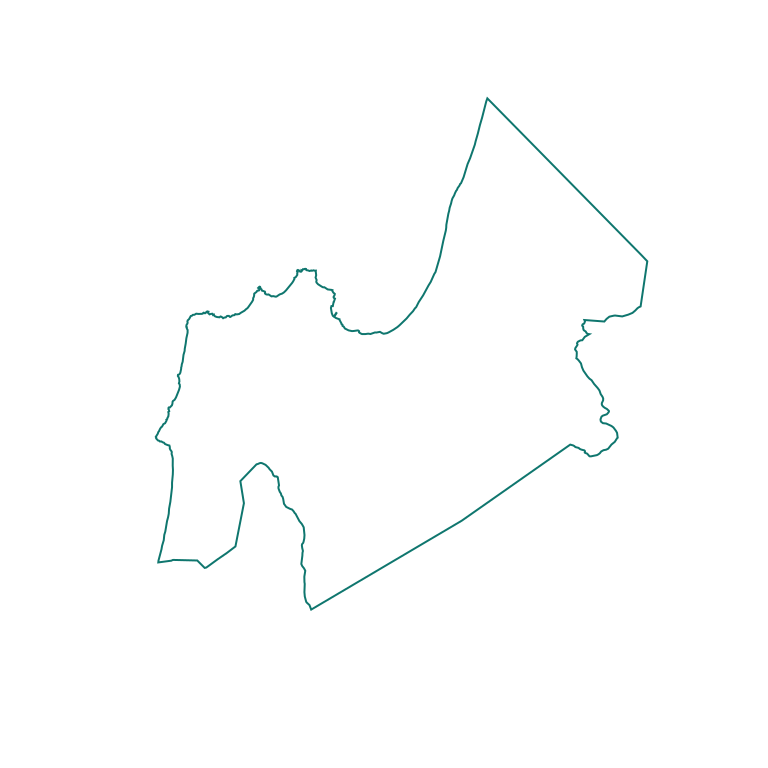 outline of Paita, Piura, Peru, rotated 56°
{"feature_id": "86281439B31634859634019", "entity_name": "Paita", "entity_type": "district", "adm_level": 2, "iso_a3": "PER", "parent_name": "Peru", "parent_adm1": "Piura", "projection": "mercator", "projection_center": [-81.063, -5.08], "detail": "fine", "context": "isolated", "style": "outline", "palette": "teal", "viewbox_px": 768, "rotation_deg": 56, "n_neighbors": 0, "source": "geoboundaries", "source_scale": "gbopen_adm2", "svg_char_len": 6163}
<svg xmlns="http://www.w3.org/2000/svg" viewBox="0 0 768 768"><g transform="rotate(56 384 384)"><path d="M530.3,570.5L540.8,396.0L538.4,263.5L540.6,261.6L541.9,260.9L543.3,260.6L545.8,258.4L547.3,258.0L548.7,257.1L551.1,255.0L551.8,254.9L552.4,255.1L553.1,255.9L553.5,255.8L555.4,254.5L558.6,254.1L559.0,253.9L559.7,252.9L562.0,247.3L562.2,245.6L562.1,243.8L561.4,241.7L561.6,239.1L562.7,236.5L563.0,234.3L561.4,229.3L561.0,225.0L559.2,220.9L559.2,220.3L554.8,218.1L552.5,217.9L548.3,218.1L546.0,218.9L541.0,221.9L538.9,224.4L536.8,225.1L535.8,225.0L534.3,224.2L532.7,221.9L532.6,220.3L533.7,216.2L533.1,213.8L532.6,212.9L532.0,212.6L529.3,213.2L527.2,214.3L525.4,214.9L523.7,215.1L522.4,214.7L521.6,214.0L520.1,211.5L518.6,210.4L516.8,210.0L513.6,210.0L509.8,209.0L506.9,209.1L501.5,209.8L496.9,209.8L494.4,210.7L491.4,211.1L484.4,211.2L480.8,210.5L477.1,209.2L473.4,209.4L471.5,209.7L470.3,210.2L468.9,208.9L466.2,206.9L465.0,206.2L462.3,206.3L461.7,205.8L461.2,205.2L460.0,202.2L459.5,201.5L458.3,201.3L457.7,200.5L457.4,199.5L457.7,196.8L458.6,195.1L457.2,191.2L457.5,185.9L456.3,187.2L454.5,187.6L453.4,187.4L451.1,188.3L449.8,188.0L447.7,186.8L446.7,187.1L446.2,186.9L445.6,185.9L445.8,184.4L445.6,183.9L444.5,182.4L443.0,182.1L455.4,166.4L454.5,163.1L454.2,159.5L455.8,155.4L456.4,154.2L461.2,148.7L463.1,142.7L464.0,138.2L463.6,134.6L462.9,131.4L462.9,129.7L463.2,127.9L429.5,97.1L421.7,98.4L205.0,138.6L206.9,141.2L218.1,153.8L223.0,159.7L228.8,166.1L234.0,172.3L236.4,174.9L245.0,186.4L248.4,191.7L257.1,202.4L260.7,208.0L260.7,208.9L261.7,210.5L262.7,213.3L263.9,215.1L264.2,216.2L265.6,218.6L266.9,220.4L268.4,223.5L270.0,225.5L271.9,227.5L274.6,231.0L276.8,233.1L278.8,235.4L286.9,243.3L289.2,245.0L291.4,247.0L298.5,254.8L309.5,266.1L320.0,278.7L320.9,280.8L325.5,288.2L327.2,292.0L332.4,302.0L335.5,309.4L338.3,314.4L338.6,316.1L339.9,319.3L340.9,323.8L342.3,328.6L344.0,338.4L344.3,341.0L344.3,345.9L343.8,351.4L343.5,353.1L342.2,356.1L341.0,357.0L338.5,358.2L337.1,361.5L336.2,362.7L335.0,367.2L333.4,369.0L332.1,371.7L330.3,374.3L329.2,375.0L327.7,375.7L327.2,375.8L326.3,375.1L325.3,375.4L324.7,376.2L323.0,379.7L322.1,381.1L319.7,383.4L316.1,385.4L313.9,385.3L312.7,385.9L312.3,385.8L311.7,385.3L310.3,385.7L309.8,385.4L305.8,385.0L305.5,384.7L302.5,386.9L300.5,387.7L298.7,383.8L298.4,383.9L300.1,387.9L298.8,388.3L296.1,387.7L291.3,385.5L290.0,384.0L290.8,382.9L287.9,380.0L288.0,379.8L285.8,376.9L285.1,377.3L284.2,377.4L283.6,377.1L282.6,375.2L281.8,374.4L279.9,374.9L278.0,374.8L277.4,374.2L276.7,374.8L274.1,377.8L270.5,379.3L269.8,380.4L268.6,381.1L264.4,382.9L262.2,383.2L261.4,383.0L260.1,381.7L257.5,381.2L255.9,379.4L252.6,377.7L251.9,377.1L251.3,378.1L250.4,378.8L249.8,380.5L249.2,380.8L248.7,382.5L247.3,383.5L246.3,384.6L246.0,384.7L245.1,384.3L244.6,384.7L244.1,385.7L244.1,386.3L243.5,387.0L244.1,388.4L243.5,388.8L244.5,389.5L244.5,390.1L243.5,390.9L242.5,390.9L241.3,391.6L241.2,392.2L241.8,393.1L242.2,393.2L242.6,393.0L242.9,393.0L244.0,394.3L245.0,394.8L246.0,397.2L245.9,399.1L246.8,399.5L248.1,401.9L248.8,403.6L251.6,412.9L252.1,415.6L252.1,417.8L251.4,420.4L251.4,424.2L251.0,425.0L249.2,426.7L248.4,428.3L245.2,429.6L244.8,430.5L243.9,431.5L242.8,432.0L242.3,432.0L241.4,431.2L240.8,431.1L238.2,433.0L237.1,432.6L236.0,432.9L234.2,432.4L233.8,432.6L233.7,433.1L234.0,434.6L235.4,434.2L236.0,434.5L236.5,435.2L236.5,435.6L236.0,436.3L235.9,437.2L236.4,438.3L236.5,440.9L236.8,441.4L237.5,441.7L238.9,443.1L239.7,444.5L241.0,445.4L242.0,447.3L244.4,453.6L244.8,454.9L244.8,456.2L245.2,458.7L244.9,463.1L245.0,464.9L244.0,467.1L242.9,468.2L242.9,468.6L243.3,469.4L242.4,471.3L242.5,473.8L242.1,474.3L240.8,474.5L239.9,475.9L239.9,476.6L240.3,477.9L239.6,479.3L239.5,480.6L238.3,480.8L236.7,481.6L236.6,482.1L236.7,483.1L235.1,485.0L233.5,486.2L232.4,486.5L231.3,486.2L231.2,487.2L229.8,487.0L229.2,488.1L228.7,489.7L226.7,490.1L225.9,489.1L225.0,489.9L224.9,490.9L225.3,491.7L225.3,492.8L224.9,493.2L224.1,493.5L224.0,494.2L224.3,494.8L224.0,495.8L222.1,498.7L220.7,500.4L220.6,502.4L219.8,503.8L220.0,505.0L219.6,506.2L221.2,509.3L221.5,511.2L222.3,512.1L223.0,512.3L224.0,513.2L224.4,514.4L225.5,515.6L226.3,516.0L226.7,515.7L227.6,516.4L229.4,516.6L231.7,518.2L235.5,522.2L239.6,525.8L243.4,529.5L245.1,530.8L247.7,533.9L253.0,538.5L254.6,540.6L256.2,542.0L257.1,543.1L257.9,543.6L260.8,546.6L261.5,548.1L261.5,548.9L261.2,549.6L261.8,550.2L262.3,550.5L263.5,550.4L265.4,551.0L267.5,552.2L268.8,553.7L270.1,553.6L272.1,554.7L274.3,557.3L278.8,563.9L280.0,566.4L280.1,568.4L280.4,569.1L282.1,570.5L283.1,571.8L283.7,574.8L283.1,575.5L283.2,575.9L284.3,576.8L285.2,576.8L286.5,577.3L286.6,578.5L288.3,579.2L290.3,581.0L290.9,582.3L291.8,583.3L291.9,584.3L292.3,584.3L292.7,584.7L294.1,587.4L293.9,589.3L295.2,591.8L295.3,593.2L296.1,595.0L297.3,596.9L297.7,598.1L298.7,599.3L300.2,602.7L300.7,602.6L301.3,603.2L301.7,603.1L302.3,603.3L304.5,602.9L305.4,602.1L306.4,601.9L307.2,600.6L308.4,600.2L309.7,599.2L311.3,599.1L313.7,597.5L315.0,596.3L316.5,596.8L317.6,597.6L318.9,597.9L321.2,597.8L321.9,598.1L323.2,599.2L325.2,599.8L327.7,600.8L333.5,604.8L337.2,607.0L340.8,609.6L347.3,614.9L351.0,617.4L362.2,627.0L367.2,631.9L371.2,635.0L373.7,637.5L376.3,640.5L384.0,647.8L386.2,650.5L390.3,653.9L394.0,658.4L396.6,660.9L404.3,669.7L405.7,670.9L411.6,659.0L411.7,657.8L412.0,657.1L425.9,637.5L436.2,635.5L436.8,633.9L436.7,630.6L436.3,620.1L436.2,608.7L435.6,598.0L404.5,566.8L384.2,557.4L379.3,534.6L379.7,533.6L380.1,531.4L380.6,530.2L381.7,529.2L384.8,527.4L388.9,526.5L390.7,526.5L394.0,525.9L398.0,526.8L399.6,526.2L400.2,525.1L400.7,525.0L401.1,524.4L401.9,524.2L409.3,527.7L410.3,529.1L411.7,529.9L415.1,530.7L417.1,530.7L419.1,531.4L420.8,531.2L422.8,531.8L427.4,533.9L431.2,533.8L434.8,531.8L436.7,530.4L439.1,530.1L441.1,530.2L442.1,529.9L450.4,530.8L454.2,530.4L457.9,530.7L464.8,534.4L467.6,536.6L469.8,538.9L470.5,539.8L471.0,541.5L471.8,542.3L474.2,543.5L477.1,544.6L478.4,546.0L480.7,547.7L487.0,553.2L489.2,553.6L492.1,553.4L494.8,553.7L499.2,557.8L503.7,560.7L505.4,561.5L512.1,566.4L515.9,568.5L521.1,570.3L522.3,570.2L525.6,569.4L530.3,570.5Z" fill="none" stroke="#0f766e" stroke-width="2"/></g></svg>